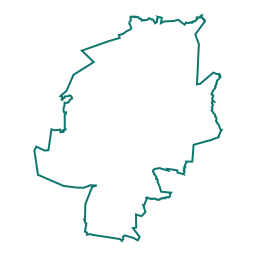 San Juan del Río, Durango, Mexico
{"feature_id": "50627088B83051794831634", "entity_name": "San Juan del Río", "entity_type": "district", "adm_level": 2, "iso_a3": "MEX", "parent_name": "Mexico", "parent_adm1": "Durango", "projection": "robinson", "projection_center": [-104.386, 24.795], "detail": "fine", "context": "isolated", "style": "outline", "palette": "teal", "viewbox_px": 256, "rotation_deg": 0, "n_neighbors": 0, "source": "geoboundaries", "source_scale": "gbopen_adm2", "svg_char_len": 5717}
<svg xmlns="http://www.w3.org/2000/svg" viewBox="0 0 256 256"><path d="M91.6,234.7L119.0,238.9L120.5,239.5L121.7,240.6L121.7,239.8L123.1,239.5L123.1,236.7L124.6,235.4L133.5,237.9L137.8,240.4L139.0,238.3L139.6,236.8L132.9,228.1L136.2,227.5L136.0,214.5L141.5,216.2L145.4,212.1L143.2,205.1L144.2,205.4L145.1,202.4L146.2,200.8L146.5,198.2L146.2,197.6L146.3,197.5L147.2,197.4L147.9,197.9L148.3,198.4L148.7,198.2L149.3,198.3L149.5,198.6L150.5,198.6L151.3,199.0L152.0,198.6L152.2,198.8L152.7,198.9L153.3,198.7L153.7,198.9L154.5,198.6L154.9,198.6L155.2,198.7L155.6,199.1L156.2,199.1L156.5,199.5L157.8,199.6L158.2,200.0L158.6,199.9L159.1,199.7L159.6,199.7L159.8,199.2L160.1,198.8L160.9,198.8L161.3,198.5L161.8,198.5L162.1,198.4L162.7,198.3L162.8,197.9L163.0,197.8L163.6,198.2L164.0,198.0L164.6,198.3L165.1,198.4L165.5,197.7L166.1,197.2L166.7,197.3L167.3,197.1L168.0,197.5L168.4,197.5L169.1,196.8L169.5,196.7L169.9,196.5L170.1,196.1L170.1,195.1L169.9,194.5L169.7,193.6L170.1,193.2L170.7,192.9L171.1,192.9L171.2,192.7L161.1,191.7L159.4,185.8L158.6,184.4L158.5,183.7L157.4,181.6L157.7,180.8L157.6,179.9L157.4,179.2L157.2,179.0L156.2,179.0L156.0,178.2L156.2,177.6L156.3,176.6L156.0,176.4L155.1,175.3L154.5,174.2L154.2,174.3L153.9,173.9L154.0,173.5L153.6,172.5L153.0,171.4L152.9,171.2L153.1,171.0L152.9,170.7L153.6,169.7L155.2,168.9L159.4,168.1L168.3,170.6L167.3,168.9L170.8,169.3L177.4,170.4L177.5,172.6L184.0,174.4L183.8,173.7L184.0,172.3L184.6,171.8L183.8,170.5L183.7,170.1L184.0,169.8L184.4,169.8L184.5,169.7L184.5,169.2L184.2,168.8L184.2,168.6L184.7,168.2L184.8,168.0L184.6,167.8L184.2,167.6L184.3,167.3L185.1,167.2L185.3,167.0L185.3,166.7L184.7,166.0L184.7,165.8L185.3,164.9L185.5,163.9L185.8,163.3L186.1,163.1L186.6,162.3L186.7,162.0L186.4,161.6L192.3,161.6L193.6,144.8L208.3,140.7L211.1,140.1L213.0,139.2L218.8,137.1L218.6,136.3L218.7,136.0L218.8,136.0L219.1,135.5L219.0,135.3L219.2,134.8L219.4,134.2L220.0,133.4L220.0,132.9L220.3,132.2L220.9,131.3L220.9,131.0L221.3,130.6L221.6,129.9L220.9,130.0L220.5,129.6L220.2,128.7L220.0,128.4L219.8,127.9L219.5,126.8L219.2,126.0L218.8,125.3L218.4,124.2L217.3,123.4L217.1,123.1L217.2,122.9L217.2,122.6L216.5,121.8L216.2,121.5L216.3,121.2L216.2,120.9L216.3,120.7L216.1,120.4L216.3,120.0L216.4,119.4L216.5,118.9L216.4,118.1L216.2,117.6L215.9,117.2L215.3,116.9L215.2,116.6L215.4,116.0L215.1,115.8L215.2,115.4L215.0,114.5L213.7,113.5L213.4,113.0L213.0,112.6L212.8,112.2L212.6,111.5L212.5,111.2L211.9,110.9L211.9,110.5L211.7,109.9L212.4,109.3L212.5,108.3L212.3,107.9L211.8,107.2L212.6,106.0L212.9,104.5L212.3,103.9L212.4,103.7L212.4,103.0L211.9,102.9L211.8,102.3L212.8,101.7L212.6,100.9L213.7,101.3L212.3,99.5L212.5,98.8L212.2,98.0L212.7,97.1L213.2,96.4L213.1,96.1L213.3,95.8L213.2,95.5L212.8,94.8L211.6,94.6L211.6,93.4L212.6,92.1L212.6,91.9L212.7,91.3L213.5,90.1L214.8,88.7L215.5,87.6L215.5,87.0L215.2,86.8L215.1,86.4L215.2,86.0L215.6,85.9L215.9,84.9L216.7,83.9L216.6,83.7L216.3,83.7L216.3,83.1L216.6,82.4L217.0,81.7L217.0,81.1L217.2,80.4L218.1,79.8L218.6,79.3L219.2,78.4L219.3,78.1L220.4,77.1L220.5,76.8L220.3,75.9L220.2,75.8L219.4,76.0L219.0,75.2L219.7,74.3L219.5,74.1L218.6,74.3L218.3,74.1L215.7,73.7L214.3,72.9L213.4,72.6L200.2,83.8L196.9,84.4L197.6,72.2L198.2,57.2L198.9,44.2L195.3,34.4L205.1,21.1L204.9,20.6L204.3,20.3L204.3,19.9L203.6,18.8L203.4,18.7L203.1,19.1L201.8,17.5L201.7,17.2L201.8,17.0L201.5,16.6L201.8,15.4L201.0,15.8L200.7,15.8L200.5,16.5L200.6,16.8L200.4,17.0L200.1,17.0L200.0,17.5L199.9,17.5L199.3,17.4L198.4,17.5L197.6,17.3L196.9,17.4L196.9,17.9L196.7,18.1L196.8,18.4L197.2,18.4L197.4,18.7L197.3,19.1L197.0,19.3L196.4,19.4L196.0,20.4L195.4,21.0L195.0,21.1L194.4,21.3L193.8,21.2L193.5,21.4L193.2,21.3L192.6,21.7L192.8,22.0L192.5,22.2L192.6,22.4L191.9,22.9L190.8,22.4L190.1,22.4L189.7,22.5L189.2,23.0L188.6,22.8L187.5,23.0L186.0,22.5L184.6,24.7L178.2,19.8L173.5,21.0L164.0,21.5L160.9,23.2L161.8,17.7L158.1,16.9L158.4,17.2L158.2,17.5L157.8,17.6L157.8,17.9L157.5,18.3L157.4,18.3L157.0,18.6L157.2,19.1L157.1,19.4L157.2,19.7L157.2,20.2L156.9,20.3L156.7,20.8L156.9,21.3L156.9,22.0L156.6,22.2L156.2,22.7L155.7,22.8L155.5,22.7L155.0,23.0L155.0,22.5L154.8,22.2L154.0,21.7L153.9,21.1L153.6,20.3L153.3,20.2L152.9,19.7L152.5,19.4L151.8,19.5L151.7,19.4L151.2,19.4L150.3,18.7L149.8,18.5L149.4,18.2L148.9,18.3L148.8,18.5L147.8,19.5L147.1,19.9L146.6,20.0L146.0,19.9L144.5,20.4L144.1,20.1L143.6,20.3L143.4,20.2L143.3,20.3L142.7,20.2L142.3,20.4L142.2,20.3L141.9,20.6L141.6,20.2L141.5,19.9L141.2,19.7L141.1,19.3L140.9,19.1L140.7,19.3L140.8,19.1L140.6,19.1L140.3,18.7L140.0,18.7L139.7,18.5L139.2,18.4L139.1,17.9L138.6,17.4L138.3,17.4L138.0,17.2L137.6,17.2L137.0,16.9L136.3,17.1L136.0,16.8L135.8,16.9L135.4,16.7L135.3,16.9L135.1,16.9L134.8,17.2L134.4,17.0L134.2,17.1L133.9,17.0L133.8,16.8L133.5,16.5L132.7,16.5L132.3,16.7L131.7,16.7L131.5,17.0L131.1,16.8L131.0,17.0L130.4,17.3L130.9,20.1L129.6,21.8L129.3,23.2L131.3,28.0L130.8,29.1L125.9,31.6L124.9,32.6L122.3,34.2L118.9,34.9L119.7,37.9L108.6,41.2L81.9,50.6L93.7,62.1L73.5,74.8L66.5,90.9L60.5,96.0L62.0,96.4L61.9,99.0L61.7,99.1L61.6,99.5L62.1,99.7L62.4,98.8L62.7,99.2L63.0,98.5L63.5,98.0L64.4,97.9L64.4,97.1L64.7,96.5L68.2,96.2L69.7,95.3L70.8,96.0L71.5,96.7L72.1,98.5L69.8,99.9L68.5,102.5L67.5,102.4L65.9,103.1L64.6,102.8L64.3,106.5L63.9,107.3L63.6,108.2L63.6,110.9L64.3,112.7L66.0,112.3L65.9,113.8L64.7,115.4L64.8,129.1L65.5,129.0L65.5,129.7L64.1,129.8L62.8,130.3L63.7,131.0L63.5,132.0L61.8,131.9L61.5,132.2L60.5,132.2L60.0,129.6L54.7,130.3L51.5,129.3L48.4,150.2L44.7,150.6L36.3,146.6L34.4,150.6L38.0,174.8L63.5,185.9L76.5,187.6L84.1,187.7L90.1,185.3L96.7,185.4L92.1,187.0L85.4,204.0L84.9,219.9L84.3,219.8L85.2,222.6L86.4,223.4L84.9,231.6L86.9,232.5L87.0,234.7L90.1,234.0L91.6,234.7Z" fill="none" stroke="#0f766e" stroke-width="2"/></svg>